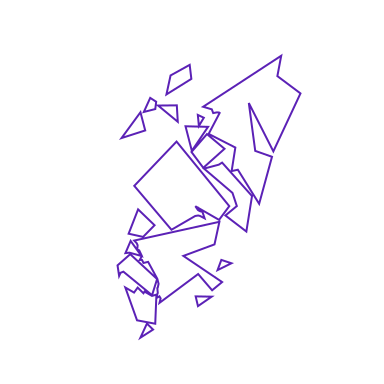 Kepulauan Aru, Maluku, Indonesia, rotated 194°
{"feature_id": "22746128B17511076551422", "entity_name": "Kepulauan Aru", "entity_type": "district", "adm_level": 2, "iso_a3": "IDN", "parent_name": "Indonesia", "parent_adm1": "Maluku", "projection": "mercator", "projection_center": [134.564, -6.213], "detail": "medium", "context": "isolated", "style": "outline", "palette": "violet", "viewbox_px": 384, "rotation_deg": 194, "n_neighbors": 0, "source": "geoboundaries", "source_scale": "gbopen_adm2", "svg_char_len": 1889}
<svg xmlns="http://www.w3.org/2000/svg" viewBox="0 0 384 384"><g transform="rotate(194 192 192)"><path d="M124.0,196.8L122.9,245.5L140.6,247.2L158.4,292.1L122.9,251.1L110.6,313.9L137.2,325.1L138.4,345.8L201.8,277.4L192.8,277.0L190.5,273.7L187.3,275.2L185.1,275.7L184.3,275.4L189.9,252.4L160.7,245.6L158.6,221.9L152.9,224.7L124.0,196.8ZM249.5,184.0L202.8,150.4L183.1,169.5L180.3,170.7L178.4,170.7L173.4,169.5L176.9,175.0L177.4,175.3L179.6,175.3L181.4,175.8L182.0,176.1L182.4,177.1L182.6,176.6L185.3,179.0L159.0,171.5L152.4,187.3L219.2,237.2L249.5,184.0ZM184.9,127.9L157.5,146.6L158.2,169.7L236.3,130.9L233.2,128.9L231.9,127.2L231.5,124.8L231.7,123.3L229.1,122.6L225.1,117.7L226.3,113.4L224.1,114.0L221.9,111.4L217.7,113.6L204.6,99.3L202.2,94.8L202.1,90.9L202.4,90.4L200.8,85.8L201.1,83.1L199.9,81.4L198.4,82.9L196.7,81.2L196.7,76.6L166.2,113.9L148.7,101.5L141.0,111.9L184.9,127.9ZM129.7,166.8L132.8,202.6L169.9,227.8L172.6,225.0L186.0,217.6L152.5,200.9L145.1,189.2L153.9,177.3L129.7,166.8ZM205.8,82.2L204.8,99.1L236.9,116.7L246.5,102.8L242.4,92.9L241.8,96.3L239.3,98.1L205.8,82.2ZM195.8,55.3L201.7,83.8L205.7,81.5L214.0,83.9L214.6,82.0L221.6,86.1L223.9,80.4L233.6,83.2L214.3,54.2L195.8,55.3ZM186.9,218.2L170.9,241.8L191.5,251.8L202.2,230.7L186.9,218.2ZM240.4,280.5L220.0,301.6L225.0,314.8L241.0,299.9L240.4,280.5ZM214.2,254.2L202.1,231.9L192.2,259.1L214.2,254.2ZM273.4,227.3L252.3,240.4L261.3,256.9L273.4,227.3ZM243.4,136.2L228.6,136.6L220.3,150.7L240.1,162.1L243.4,136.2ZM245.8,267.7L222.8,256.7L227.7,272.4L245.8,267.7ZM238.0,118.0L225.6,117.7L239.7,129.7L241.8,116.6L238.0,118.0ZM148.3,122.4L136.5,132.4L147.1,133.2L148.3,122.4ZM203.9,53.4L206.8,38.2L196.5,49.1L203.9,53.4ZM163.2,91.6L158.6,82.7L147.6,95.2L163.2,91.6ZM258.1,258.0L247.7,263.6L248.6,270.9L255.3,273.2L258.1,258.0ZM205.0,268.2L201.3,257.8L198.5,266.9L205.0,268.2Z" fill="none" stroke="#5b21b6" stroke-width="2"/></g></svg>